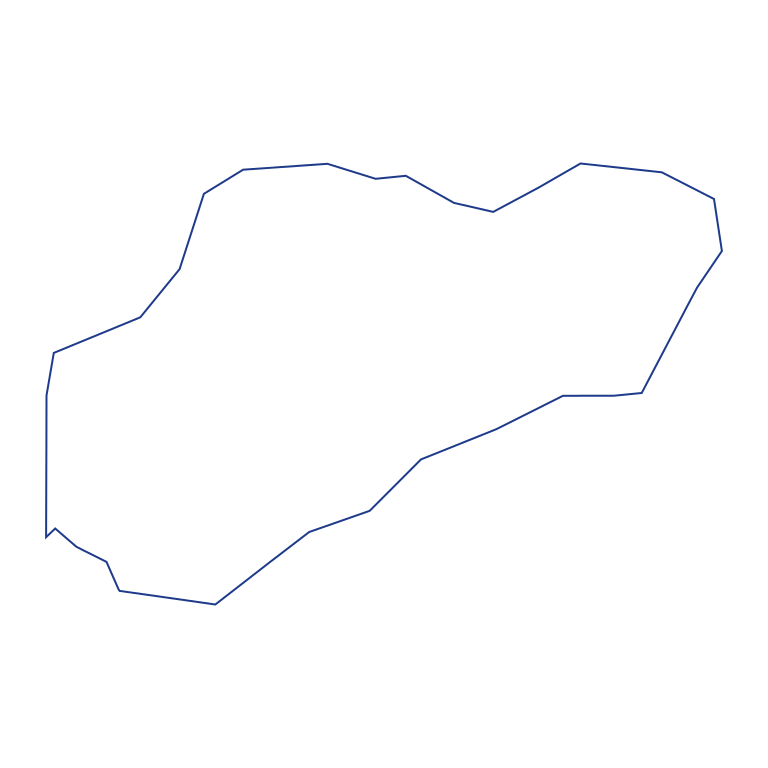 the district of Knivsta, Uppsala, Sweden
{"feature_id": "70781695B75791016824649", "entity_name": "Knivsta", "entity_type": "district", "adm_level": 2, "iso_a3": "SWE", "parent_name": "Sweden", "parent_adm1": "Uppsala", "projection": "albers", "projection_center": [17.878, 59.771], "detail": "fine", "context": "isolated", "style": "outline", "palette": "blue", "viewbox_px": 768, "rotation_deg": 0, "n_neighbors": 0, "source": "geoboundaries", "source_scale": "gbopen_adm2", "svg_char_len": 552}
<svg xmlns="http://www.w3.org/2000/svg" viewBox="0 0 768 768"><path d="M714.0,199.0L661.8,172.3L580.5,163.5L538.4,187.7L493.2,211.9L454.0,202.9L405.8,175.8L375.6,178.8L327.4,163.8L243.1,169.7L203.9,193.8L179.6,269.1L140.3,317.3L53.8,352.9L46.5,395.5L46.4,444.1L46.1,537.2L55.2,528.5L76.3,546.7L83.5,550.4L106.5,561.9L118.5,589.2L119.6,590.9L215.3,604.5L269.8,562.2L309.2,532.0L369.7,510.8L421.0,459.4L496.5,429.1L562.9,395.8L614.2,395.7L641.7,393.0L686.9,306.8L697.0,287.7L721.9,251.0L714.0,199.0Z" fill="none" stroke="#1e3a8a" stroke-width="2"/></svg>